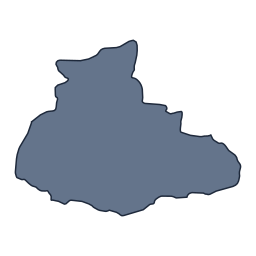 map outline of Badghis (Mercator projection)
{"feature_id": "AFG-1741", "entity_name": "Badghis", "entity_type": "Province", "adm_level": 1, "iso_a3": "AFG", "parent_name": "Afghanistan", "parent_adm1": "", "projection": "mercator", "projection_center": [63.837, 35.271], "detail": "fine", "context": "isolated", "style": "filled", "palette": "slate", "viewbox_px": 256, "rotation_deg": 0, "n_neighbors": 0, "source": "natural_earth", "source_scale": "10m", "svg_char_len": 3076}
<svg xmlns="http://www.w3.org/2000/svg" viewBox="0 0 256 256"><path d="M80.4,60.7L88.6,59.0L96.2,55.4L97.6,54.2L99.8,51.1L101.1,49.7L102.8,48.8L104.7,48.3L116.4,47.6L120.1,46.6L129.0,41.4L131.8,40.6L133.3,40.3L136.1,42.0L137.1,45.4L137.2,50.5L136.8,55.1L135.2,62.6L134.4,65.1L134.2,67.1L134.3,69.5L134.2,70.1L132.8,72.3L131.8,75.1L131.6,76.4L131.7,77.3L132.3,77.7L133.0,77.9L134.0,78.1L135.3,78.6L136.2,79.1L137.1,79.8L138.7,81.4L139.8,82.8L141.1,85.1L141.9,87.4L142.3,89.3L142.7,97.4L142.6,98.5L142.5,99.5L142.3,100.7L142.3,101.3L142.4,101.8L142.8,102.2L143.2,102.6L143.7,102.9L144.7,103.4L159.7,104.5L165.4,105.6L166.0,106.2L166.4,106.9L166.7,107.6L166.8,108.2L166.8,108.8L166.6,109.3L166.5,109.6L165.8,110.4L165.8,111.3L169.2,113.3L170.2,113.7L170.9,113.8L172.7,113.3L173.7,113.2L177.1,112.1L181.2,111.5L182.0,112.2L182.1,113.3L182.1,114.8L181.8,117.4L180.9,120.9L180.8,122.0L180.9,123.8L180.4,128.0L180.3,129.9L180.5,131.4L180.8,132.0L181.3,132.3L190.3,135.3L199.9,136.6L201.7,136.6L204.4,136.1L207.6,136.0L209.8,135.5L210.8,135.0L212.7,139.0L214.1,140.4L218.1,142.9L218.7,143.2L219.3,143.3L221.7,143.1L222.8,143.5L223.8,144.2L224.7,145.0L226.0,146.6L228.4,150.1L229.1,150.8L234.9,155.0L236.1,156.6L236.8,157.9L237.0,158.9L237.4,160.2L238.1,161.6L239.8,163.9L240.4,165.2L240.6,166.4L240.5,167.6L239.5,171.5L239.4,172.7L239.4,173.8L239.6,175.8L239.5,176.7L238.9,179.6L238.5,181.1L237.5,183.2L237.2,183.7L236.8,184.0L236.4,184.2L235.8,185.0L233.0,186.4L216.2,191.1L210.0,194.2L208.8,194.5L207.8,194.5L207.1,194.2L205.7,194.1L205.0,193.9L203.5,193.1L191.9,192.6L190.0,193.2L188.8,193.9L188.0,194.8L187.5,195.5L187.3,196.0L186.9,197.2L176.5,197.9L175.9,197.8L173.4,196.7L172.3,196.4L171.2,196.2L162.0,196.1L161.1,196.2L160.0,196.6L158.6,197.3L156.3,198.9L155.3,199.9L154.7,200.7L154.2,202.7L154.0,203.1L153.8,203.4L153.4,203.7L152.7,203.9L150.5,204.2L149.6,204.6L143.3,209.7L123.8,215.5L122.0,215.7L121.2,215.4L120.0,214.6L119.2,213.9L116.5,212.3L109.3,210.2L107.8,210.9L106.3,211.3L105.3,211.3L99.8,210.4L98.1,209.8L94.3,207.7L93.3,207.0L91.9,205.6L88.8,203.9L82.0,201.4L74.1,200.5L71.1,200.2L70.0,200.4L69.2,200.9L65.9,203.8L64.4,204.1L58.5,201.3L55.5,200.7L52.8,200.1L51.5,200.2L51.3,200.1L51.2,200.0L51.1,199.7L51.2,196.6L50.6,195.0L50.1,194.2L49.7,193.9L49.4,193.6L48.0,191.3L47.6,190.9L47.1,190.7L45.4,191.0L41.8,190.9L41.0,190.7L39.9,190.3L38.7,189.5L37.6,188.7L36.8,187.8L36.1,187.2L35.5,186.9L32.8,186.1L32.1,185.8L31.2,185.3L28.7,183.3L25.4,180.1L24.7,179.6L24.1,179.4L23.6,179.4L23.0,179.5L22.2,179.6L21.5,179.5L17.2,177.7L16.9,177.5L16.7,177.1L16.3,176.3L15.7,174.2L15.4,173.0L15.4,171.7L16.5,158.8L17.2,154.7L18.9,148.9L19.9,146.7L27.8,133.4L31.5,122.8L31.5,121.8L31.9,121.6L40.4,114.9L46.7,111.8L48.6,111.4L52.5,111.0L54.4,110.5L55.7,109.2L56.2,107.1L56.6,102.7L57.6,99.1L57.3,97.8L55.7,96.6L55.4,95.2L55.2,89.3L55.3,87.5L57.8,85.1L65.0,82.7L67.6,80.8L68.2,79.7L68.3,78.9L67.8,78.3L65.4,77.4L64.8,76.9L63.5,75.1L58.6,70.7L58.0,69.2L57.6,67.2L56.7,65.7L56.0,64.2L56.4,62.2L57.9,60.7L59.9,60.2L80.4,60.7Z" fill="#64748b" stroke="#1e293b" stroke-width="1.5"/></svg>